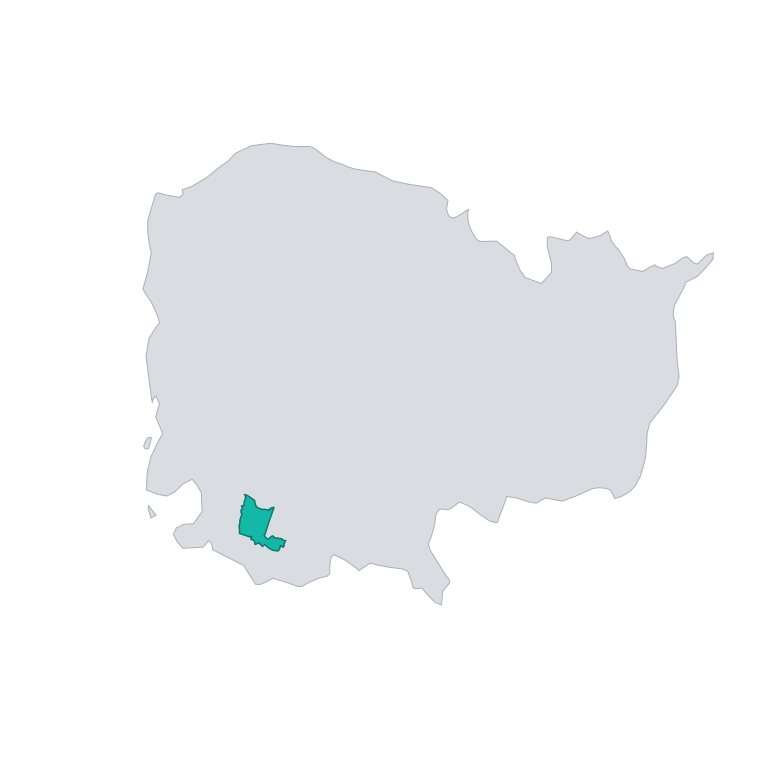 location of Chhuk, Kâmpôt, Cambodia, rotated 19°
{"feature_id": "14789045B28419059899901", "entity_name": "Chhuk", "entity_type": "district", "adm_level": 2, "iso_a3": "KHM", "parent_name": "Cambodia", "parent_adm1": "Kâmpôt", "projection": "mercator", "projection_center": [104.309, 10.967], "detail": "fine", "context": "in_parent", "style": "filled", "palette": "teal", "viewbox_px": 768, "rotation_deg": 19, "n_neighbors": 0, "source": "geoboundaries", "source_scale": "gbopen_adm2", "svg_char_len": 7794}
<svg xmlns="http://www.w3.org/2000/svg" viewBox="0 0 768 768"><g transform="rotate(19 384 384)"><path d="M652.7,152.8L654.4,158.8L650.0,170.1L645.3,180.3L636.4,189.3L636.0,195.9L633.0,215.5L634.1,221.8L636.2,227.1L639.1,230.0L646.7,249.2L653.7,266.7L660.6,281.0L661.8,290.1L655.5,313.0L648.1,334.1L648.7,344.6L651.9,355.1L655.3,369.1L656.5,386.9L654.7,398.6L651.4,405.8L645.0,413.2L639.5,417.0L632.8,410.7L627.5,410.4L620.4,412.3L614.8,415.2L603.5,426.1L590.8,436.7L573.4,439.4L566.6,447.2L559.3,448.3L545.5,448.7L536.5,450.5L536.9,454.5L536.2,473.1L536.4,477.5L535.0,478.6L528.8,479.2L518.2,476.3L503.9,471.7L493.7,471.0L488.4,479.1L485.3,482.3L481.5,482.8L477.4,484.2L476.1,487.8L475.7,492.3L477.7,500.1L478.4,512.4L477.9,520.7L481.6,526.0L503.5,543.8L509.9,548.3L510.7,550.9L506.9,560.6L510.3,574.2L503.4,574.0L492.0,568.1L486.5,564.6L479.9,567.4L477.6,566.9L473.1,560.2L467.3,553.3L461.3,552.9L448.5,555.6L435.5,557.5L430.6,557.4L428.6,558.7L421.0,568.8L417.8,567.1L404.7,563.2L392.7,561.7L390.3,564.4L391.7,572.7L394.4,580.7L392.8,584.2L386.2,588.4L377.6,596.1L372.2,602.1L368.5,603.5L355.3,603.3L342.1,604.0L336.9,609.7L331.9,614.0L327.6,615.2L310.4,601.3L276.2,596.5L272.5,590.4L269.2,589.2L266.1,597.1L247.3,604.8L239.4,600.2L233.7,594.6L234.5,587.7L240.0,582.1L249.3,578.1L253.6,564.0L246.5,546.0L240.3,540.7L233.7,536.5L226.8,543.3L221.0,554.7L214.9,560.7L206.3,562.0L193.8,561.5L188.9,544.4L187.3,529.6L189.0,512.9L190.9,502.9L178.8,489.2L178.2,476.1L172.3,469.3L170.6,472.7L170.8,476.5L169.1,473.8L150.0,435.4L146.9,417.5L150.1,403.8L152.0,399.2L146.5,391.9L138.8,383.7L125.1,372.9L124.2,355.9L121.2,335.7L117.0,328.9L110.8,316.5L107.4,306.2L106.2,279.0L108.0,276.8L117.7,276.1L130.1,274.1L132.1,269.7L129.9,266.1L137.8,259.9L149.2,246.4L158.1,232.2L164.4,223.3L168.2,214.4L181.0,201.9L198.7,193.2L210.7,191.2L223.2,188.2L235.2,184.0L240.8,183.6L255.7,188.7L263.7,190.0L272.2,189.9L280.9,190.5L288.5,189.9L306.8,186.4L326.1,189.2L343.3,187.0L364.7,182.9L375.2,185.5L384.7,189.6L386.1,197.9L388.3,201.7L391.5,204.6L395.7,204.6L401.2,198.8L405.7,192.8L407.2,191.7L407.4,194.7L409.7,201.1L413.8,207.5L417.9,211.8L424.7,217.4L429.2,217.7L443.8,212.3L465.7,220.1L468.2,223.9L475.3,231.8L483.0,237.4L500.1,237.8L506.1,223.9L503.2,215.5L493.5,200.8L490.8,192.1L493.9,190.5L510.4,188.9L513.1,187.2L516.7,177.6L521.2,178.7L530.3,179.9L540.0,173.4L545.7,166.5L548.9,169.7L552.3,174.5L556.0,177.3L563.0,181.4L570.6,187.2L575.4,192.9L579.2,195.1L589.0,193.6L591.6,193.8L597.3,186.9L601.3,183.1L604.7,184.2L609.6,184.1L619.9,175.3L625.7,167.2L628.9,165.0L638.1,169.0L641.7,168.2L647.0,157.1L652.7,152.8ZM182.5,521.7L180.6,522.7L178.8,522.7L177.0,521.1L177.2,515.0L178.5,511.2L181.6,510.5L182.5,521.7ZM211.1,582.4L207.3,586.5L201.2,578.0L201.2,575.6L211.1,582.4Z" fill="#d9dde1" stroke="#a8b0b8" stroke-width="1"/><path d="M288.4,534.0L288.6,534.2L288.8,534.4L289.0,534.8L289.3,535.2L289.6,535.5L289.9,535.9L290.1,536.2L290.2,536.4L290.3,536.6L290.3,537.6L290.3,537.9L290.2,538.3L290.2,538.7L290.3,539.1L290.2,540.2L290.1,540.7L290.2,541.0L290.4,541.8L290.6,542.5L290.7,542.8L290.7,543.0L290.7,543.4L290.8,543.7L290.9,543.9L290.9,544.1L290.9,544.3L290.9,544.6L290.6,544.7L290.6,544.9L290.5,545.1L290.4,545.2L290.1,545.2L289.7,545.4L289.3,545.6L289.1,545.7L289.1,545.8L289.1,546.0L289.3,546.3L290.0,547.0L290.2,547.3L290.3,547.4L290.7,547.7L290.7,548.0L290.7,548.4L290.6,548.9L290.5,549.2L290.4,549.2L290.2,549.3L290.0,549.5L289.9,549.7L289.9,549.8L290.0,550.2L290.1,550.7L290.3,551.1L290.4,551.3L290.5,551.7L290.6,551.9L290.8,552.0L291.0,552.4L291.1,552.5L291.5,552.6L291.8,552.7L291.9,552.8L292.1,552.9L292.3,553.0L292.2,553.4L292.1,554.4L291.9,555.6L291.9,555.9L291.9,556.1L292.0,556.3L292.1,556.5L292.2,556.9L292.2,557.5L292.1,557.8L292.0,558.0L291.9,558.3L292.0,558.5L292.1,559.0L292.2,559.3L292.3,559.5L292.2,559.8L292.2,560.0L292.2,560.3L292.5,560.6L292.7,561.6L292.8,561.8L292.8,562.3L293.0,562.6L293.2,562.8L293.3,563.0L293.2,563.2L293.2,563.4L293.1,563.6L293.1,563.9L293.1,564.2L293.3,564.4L293.3,564.6L293.1,565.3L293.3,565.6L293.4,565.8L293.5,565.9L293.7,566.2L293.8,566.7L293.9,567.0L294.0,567.1L294.1,567.3L294.3,567.5L294.5,567.8L294.5,568.0L296.0,572.3L305.3,572.3L307.3,572.3L307.2,572.1L307.2,571.9L307.2,571.7L307.4,571.6L307.8,571.4L308.7,571.4L308.7,574.2L309.2,574.2L309.4,574.2L309.6,574.2L310.1,574.1L310.8,574.2L311.5,574.3L311.8,574.4L312.2,574.5L312.6,574.7L312.8,574.9L313.1,575.5L313.3,575.9L313.7,576.3L313.8,576.6L313.9,576.8L313.9,577.1L314.3,577.5L314.5,577.6L317.2,575.2L318.3,574.9L318.6,575.3L318.7,575.5L318.8,575.7L319.0,575.8L319.3,575.9L319.5,576.0L319.8,576.1L320.4,576.2L320.5,576.2L320.6,576.3L321.0,576.6L321.1,576.8L321.3,576.9L321.9,577.2L322.0,577.1L322.4,576.5L323.2,575.4L323.4,575.1L323.7,574.7L323.8,574.6L324.2,574.8L324.5,574.9L324.7,575.0L325.1,575.2L325.5,575.5L326.2,575.8L326.9,576.1L327.2,576.2L327.8,576.4L328.6,576.6L328.8,576.6L329.1,576.8L329.4,576.9L329.8,577.0L330.4,576.9L330.6,576.9L330.9,576.9L331.2,576.9L331.5,577.0L331.9,577.1L332.3,577.4L332.5,577.5L333.5,577.3L333.7,577.2L334.0,577.1L334.5,577.0L335.0,576.9L335.5,577.0L336.0,577.0L336.3,576.9L336.6,576.8L336.9,576.7L337.0,576.7L337.5,576.4L338.0,576.1L338.4,575.9L338.5,575.9L338.5,575.7L338.5,575.1L338.6,574.8L338.7,574.7L338.8,574.7L339.0,574.3L338.9,573.8L338.9,573.6L338.9,573.0L338.9,572.9L339.0,572.5L339.0,572.3L339.0,571.9L339.0,571.6L338.9,571.4L338.7,571.2L338.6,570.8L338.7,570.6L338.8,570.6L339.1,570.6L339.3,570.6L339.6,570.7L340.0,570.7L340.2,570.8L340.4,570.8L340.8,570.8L341.1,570.9L341.3,571.0L341.6,571.2L341.8,571.1L341.8,570.9L341.7,570.5L341.7,570.4L341.8,570.0L341.9,569.9L342.0,569.8L342.4,569.5L342.4,569.4L342.1,569.2L341.8,569.0L341.7,568.8L341.6,568.7L341.5,568.4L341.5,568.0L341.5,567.7L341.6,567.3L341.8,567.0L341.8,566.7L341.8,566.4L341.8,566.1L341.7,565.9L341.8,565.0L341.8,564.5L341.9,564.2L340.4,564.4L339.1,564.4L337.7,563.6L337.3,563.7L336.1,563.9L335.8,564.0L335.6,564.1L335.2,564.3L334.9,564.4L334.7,564.3L334.1,564.3L333.3,564.2L333.1,564.3L332.9,564.4L332.6,564.7L332.4,564.9L332.3,565.0L332.0,565.0L331.7,565.1L331.3,565.1L331.1,565.2L330.9,565.1L330.7,564.8L330.5,564.6L330.3,564.4L330.2,564.4L329.9,564.5L329.7,564.6L329.6,564.8L329.4,564.9L328.6,564.0L328.4,563.9L328.2,563.9L328.0,564.0L327.8,564.1L327.6,564.3L327.4,564.5L327.2,564.8L327.0,565.1L326.4,566.2L326.0,566.9L325.4,567.8L324.9,568.2L324.8,568.3L324.4,568.3L324.1,568.4L323.8,568.4L323.3,568.3L323.1,568.2L322.8,568.0L322.4,567.8L322.2,567.7L321.9,567.4L321.4,567.2L321.0,567.0L320.6,566.7L320.4,566.4L320.0,566.3L320.0,566.2L319.9,566.0L320.0,565.8L320.3,565.7L320.4,564.8L320.1,552.0L320.2,537.4L320.1,537.5L320.1,537.4L320.0,537.5L319.9,537.6L319.7,537.6L319.5,537.4L319.4,537.4L319.2,537.3L319.0,537.5L318.9,537.4L319.0,537.3L319.0,537.2L318.9,537.3L318.8,537.2L318.7,537.3L318.4,537.4L318.4,537.5L318.2,537.6L318.1,537.8L317.9,537.9L317.9,538.0L317.6,538.1L317.6,538.3L317.4,538.4L317.4,538.5L317.5,538.6L317.4,538.7L317.4,538.8L317.4,539.0L317.2,539.2L317.1,539.5L316.9,539.6L317.0,539.7L316.8,539.8L316.6,539.8L316.5,540.0L316.3,539.8L316.2,539.8L316.1,540.0L315.9,540.3L315.9,540.5L315.7,540.8L315.7,541.0L315.3,541.1L315.1,541.3L314.7,541.1L314.3,541.1L314.2,541.1L313.9,541.0L313.7,541.0L313.2,541.2L312.9,541.2L312.2,541.3L311.6,541.6L311.1,541.8L310.8,541.8L310.3,541.9L308.7,542.3L308.4,542.3L307.6,542.2L306.6,542.2L305.4,542.2L305.1,542.1L304.4,541.9L303.8,541.6L303.4,541.4L303.1,541.3L302.9,541.1L302.4,540.7L301.9,540.1L300.9,538.8L300.8,538.7L300.5,538.0L300.2,537.2L300.0,536.8L299.9,536.6L299.7,536.5L299.4,536.3L298.9,536.1L298.4,535.9L297.9,535.8L296.8,535.4L296.2,535.2L295.1,534.9L293.3,534.4L291.6,534.0L291.2,533.9L290.7,533.8L290.2,533.8L289.7,533.9L289.2,533.9L288.4,534.0Z" fill="#14b8a6" stroke="#0f766e" stroke-width="1.5"/></g></svg>